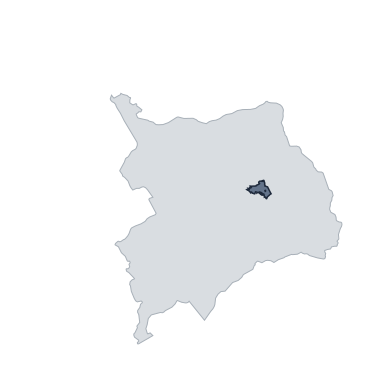 Isangi, Orientale, Democratic Republic of the Congo shown in context, rotated 60°
{"feature_id": "63176286B30130216174864", "entity_name": "Isangi", "entity_type": "district", "adm_level": 2, "iso_a3": "COD", "parent_name": "Democratic Republic of the Congo", "parent_adm1": "Orientale", "projection": "mercator", "projection_center": [24.08, 0.36], "detail": "fine", "context": "in_parent", "style": "filled", "palette": "slate", "viewbox_px": 384, "rotation_deg": 60, "n_neighbors": 0, "source": "geoboundaries", "source_scale": "gbopen_adm2", "svg_char_len": 6585}
<svg xmlns="http://www.w3.org/2000/svg" viewBox="0 0 384 384"><g transform="rotate(60 192 192)"><path d="M309.3,245.3L285.1,249.1L285.6,250.5L285.4,251.9L284.8,253.1L282.3,256.1L278.7,258.9L278.7,259.5L280.5,262.6L281.7,266.9L281.4,274.3L281.9,276.4L281.8,277.9L280.5,279.7L278.1,288.7L279.7,293.1L284.5,297.2L287.3,300.3L292.0,301.4L292.8,301.2L293.1,298.7L296.8,297.7L296.8,313.9L296.6,314.8L295.9,315.0L295.0,314.5L294.7,312.9L293.7,312.3L289.1,314.3L287.9,314.2L286.7,313.9L285.7,313.1L285.4,311.8L282.2,307.1L280.6,306.8L278.8,302.5L271.6,299.4L268.8,299.2L267.4,298.2L265.9,294.9L263.5,292.7L263.0,290.4L262.5,290.0L261.0,290.5L259.8,294.3L258.1,295.2L255.2,295.2L247.7,294.2L242.4,292.2L241.1,292.3L238.9,290.6L238.1,287.7L238.5,285.5L238.2,285.1L230.1,287.0L228.1,288.2L226.3,287.9L225.7,287.3L226.5,285.7L226.1,284.1L225.5,283.3L223.1,282.7L222.4,280.9L220.9,280.6L220.4,280.9L220.1,282.1L219.2,282.5L214.4,281.9L209.3,283.5L202.6,283.1L199.4,285.0L199.0,284.9L198.3,283.9L197.7,280.9L198.0,280.1L199.0,279.5L199.3,278.2L199.0,275.1L199.3,274.3L198.9,272.5L197.9,269.6L196.5,267.3L193.5,263.7L192.9,262.1L193.1,258.1L194.1,251.9L194.0,247.2L192.7,244.2L192.5,241.0L193.3,235.1L192.5,233.7L177.2,233.2L176.6,232.8L176.3,232.0L177.0,228.5L167.7,229.4L164.9,230.1L163.1,231.5L162.6,233.3L162.5,235.8L161.1,238.2L160.7,242.3L158.1,242.7L155.6,242.7L150.6,241.9L145.8,243.0L143.4,244.1L142.1,243.6L137.8,244.0L137.2,243.7L132.3,235.6L130.0,233.0L129.6,231.7L129.8,230.4L129.2,228.7L126.9,224.6L126.5,222.7L126.6,219.7L126.3,218.6L124.2,216.0L122.8,215.2L121.3,214.7L96.4,215.1L88.1,214.6L82.1,214.9L79.1,214.7L78.2,214.3L75.5,214.9L74.0,216.0L71.8,216.5L70.5,216.3L67.9,213.3L71.5,212.8L71.7,212.5L71.9,205.4L71.0,204.3L72.9,203.1L75.9,200.0L78.9,198.9L79.3,198.2L79.9,198.2L81.0,199.6L83.6,201.3L86.8,199.8L87.1,199.3L87.5,196.3L88.3,196.0L89.7,196.7L90.4,196.7L91.8,195.8L95.8,194.3L97.0,196.2L95.9,198.0L96.4,199.3L96.5,201.2L97.2,201.6L100.4,201.9L101.3,201.4L107.7,194.4L109.3,193.6L112.0,190.8L115.6,189.5L117.1,187.3L119.1,183.4L120.1,177.7L119.7,167.9L120.0,166.6L124.3,162.2L128.7,154.2L131.6,152.1L133.9,151.3L137.3,148.3L140.0,145.4L139.7,141.8L140.3,138.9L141.8,135.2L142.3,131.2L141.8,127.1L142.0,123.7L144.0,118.3L144.2,112.0L146.0,106.8L149.7,100.1L151.4,95.2L151.0,90.3L151.5,86.7L151.3,84.6L150.6,82.8L151.0,81.6L152.4,81.1L154.1,79.3L157.2,74.5L160.5,72.1L162.8,71.4L165.2,71.5L166.8,71.9L169.3,73.8L172.2,75.3L174.4,77.2L176.6,80.1L181.7,80.7L184.0,81.8L185.3,82.2L185.8,81.9L186.9,82.1L189.3,82.9L191.3,82.4L200.8,84.4L201.9,83.4L204.6,78.4L206.6,76.7L209.9,76.5L212.4,77.5L213.8,77.5L225.5,73.1L227.1,72.9L231.3,74.0L234.1,73.3L235.2,73.5L237.6,72.7L239.6,69.7L241.2,69.0L258.1,72.2L260.7,70.6L261.9,70.5L265.7,71.6L266.8,73.5L269.1,75.1L270.7,77.7L273.2,79.2L274.5,80.6L275.9,81.5L279.0,81.9L282.9,79.5L285.7,79.8L288.4,81.1L289.4,81.0L291.5,79.6L292.6,78.1L293.7,77.8L295.3,78.5L296.6,79.8L297.8,81.8L302.0,86.4L306.1,88.3L307.1,91.0L308.6,90.8L309.3,91.0L310.4,92.8L311.1,93.1L311.3,93.8L310.3,95.5L309.3,98.6L310.6,100.5L309.5,103.4L309.0,106.3L310.3,107.0L312.0,106.9L313.6,108.4L314.8,108.7L316.1,110.3L315.8,111.6L311.8,116.3L305.7,122.1L303.7,122.8L302.6,123.9L301.9,125.6L300.1,127.0L298.7,127.6L298.6,131.7L296.6,136.1L295.8,137.0L294.7,144.0L294.9,145.2L293.8,151.0L294.0,156.3L291.0,158.0L289.0,160.6L288.2,162.5L288.2,166.8L284.9,169.5L284.6,170.1L285.4,173.2L286.7,173.7L286.7,174.7L289.4,178.0L289.2,188.2L289.4,189.2L290.8,191.6L291.7,196.2L290.7,202.1L294.4,212.9L292.7,216.8L293.5,220.6L295.7,224.6L300.9,228.5L302.3,230.1L303.6,232.3L304.8,235.6L309.3,245.3Z" fill="#d9dde1" stroke="#a8b0b8" stroke-width="1"/><path d="M225.3,124.0L225.0,124.4L224.8,124.5L224.7,124.6L224.3,124.9L224.0,125.2L223.7,125.4L223.6,125.5L223.3,125.8L223.2,125.7L222.9,125.5L222.7,125.6L222.4,125.4L222.1,125.4L221.9,125.4L221.7,125.2L221.4,125.0L221.2,124.9L220.9,124.7L220.7,124.7L220.3,124.5L220.2,124.5L220.1,124.4L219.9,124.3L219.7,124.4L219.2,124.3L218.9,124.2L218.7,124.2L218.4,124.1L218.0,123.9L217.9,123.9L217.6,123.9L217.4,123.8L217.5,123.9L217.5,124.0L217.9,124.6L218.0,124.8L218.2,125.0L218.2,125.3L218.1,125.5L217.9,125.8L217.6,125.6L217.4,125.3L217.3,125.5L217.3,125.9L217.3,126.3L217.3,126.6L217.0,127.1L216.8,127.3L216.6,127.6L216.6,127.8L216.5,128.1L216.6,128.6L216.6,128.8L216.7,129.0L216.9,129.0L217.1,129.3L217.2,129.5L217.4,129.6L217.6,129.6L217.8,129.6L218.2,129.6L218.5,129.5L218.5,129.8L218.7,130.1L218.7,130.4L218.6,131.3L218.6,131.7L218.5,132.0L218.4,132.4L218.4,132.7L218.5,132.7L218.7,132.9L218.8,133.0L218.6,133.5L218.6,133.8L218.6,134.0L218.3,134.6L218.2,134.8L218.0,135.2L217.7,135.6L217.6,135.9L217.1,136.8L217.0,137.0L216.9,137.2L216.9,137.3L216.9,137.5L216.7,137.7L216.7,137.8L216.5,138.0L216.4,138.2L216.0,138.5L215.9,138.8L216.2,138.8L216.5,138.8L217.0,138.7L217.8,138.5L217.8,138.8L217.8,139.0L217.7,139.2L217.7,139.4L217.6,139.5L217.3,139.6L217.2,139.8L217.1,140.1L217.2,140.3L217.3,140.4L217.6,140.7L217.8,140.7L218.0,140.7L218.2,140.9L218.1,141.0L217.2,141.4L217.0,141.6L217.5,141.6L217.7,141.8L217.6,142.5L217.3,143.3L218.0,143.1L218.5,142.6L218.7,142.4L219.0,142.1L219.3,142.0L219.6,142.1L219.9,142.1L220.2,142.0L220.6,141.8L220.8,141.8L221.0,141.7L221.3,141.7L221.7,141.6L221.8,141.6L222.0,141.6L221.8,141.0L221.6,140.7L221.9,140.4L222.2,140.4L222.5,140.3L222.8,140.5L223.1,140.3L223.3,140.2L223.5,140.0L223.5,139.9L224.8,138.9L224.9,138.6L224.9,138.4L224.8,138.2L224.7,138.1L224.4,137.9L223.8,137.2L223.7,137.1L223.6,136.9L223.9,136.6L224.3,136.2L224.5,135.9L224.8,135.7L225.0,135.8L225.2,136.0L225.3,136.1L225.3,135.9L225.3,135.7L225.5,135.2L225.7,133.6L225.8,133.4L226.1,133.8L226.6,134.3L226.8,134.3L226.9,133.4L227.0,133.2L227.0,132.8L227.3,132.0L227.9,132.0L228.3,131.9L228.8,131.6L229.0,131.4L229.3,131.2L229.3,131.5L229.4,131.8L229.5,132.2L229.5,132.3L229.1,132.7L228.9,132.7L228.6,132.8L228.4,132.8L228.1,133.1L227.9,133.4L227.8,133.5L228.2,133.8L228.4,133.7L229.7,133.0L229.7,132.9L229.9,132.6L230.2,132.0L230.3,131.8L230.5,131.6L230.7,131.0L230.8,130.9L230.9,131.0L231.2,131.3L231.3,131.3L232.6,131.9L232.6,131.6L232.6,131.3L232.7,131.2L233.0,131.1L233.4,131.2L233.5,131.2L234.1,131.1L234.9,131.0L234.9,130.8L235.0,130.6L234.9,130.5L234.5,130.3L234.5,130.1L234.2,130.2L233.9,128.9L233.8,128.7L233.6,127.5L233.1,125.4L233.1,124.4L232.7,124.4L230.1,124.3L228.1,124.2L227.5,124.1L226.8,124.1L225.3,124.0ZM227.3,128.2L227.2,128.1L227.2,127.8L227.3,127.8L227.4,127.7L227.5,127.6L227.8,127.7L228.0,127.8L228.1,128.1L228.1,128.3L227.4,128.2L227.3,128.2Z" fill="#64748b" stroke="#1e293b" stroke-width="1.5"/></g></svg>